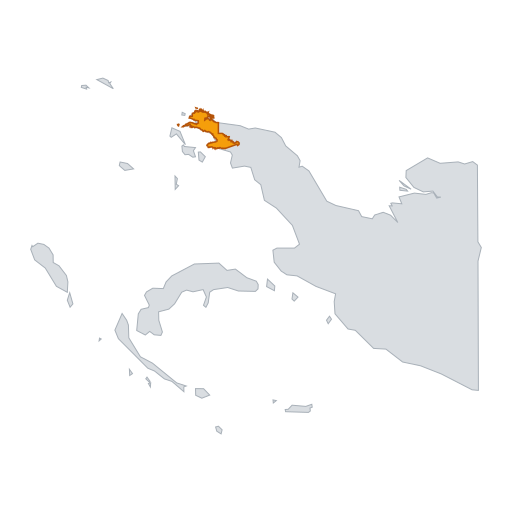 Alotau District, Milne Bay, Papua New Guinea shown in context, rotated 180°
{"feature_id": "67681753B64121020462611", "entity_name": "Alotau District", "entity_type": "district", "adm_level": 2, "iso_a3": "PNG", "parent_name": "Papua New Guinea", "parent_adm1": "Milne Bay", "projection": "natural_earth1", "projection_center": [150.058, -10.179], "detail": "fine", "context": "in_parent", "style": "filled", "palette": "amber", "viewbox_px": 512, "rotation_deg": 180, "n_neighbors": 0, "source": "geoboundaries", "source_scale": "gbopen_adm2", "svg_char_len": 9618}
<svg xmlns="http://www.w3.org/2000/svg" viewBox="0 0 512 512"><g transform="rotate(180 256 256)"><path d="M34.6,346.9L34.1,270.2L30.7,264.5L34.0,250.9L33.6,121.6L39.9,122.2L70.6,138.0L91.4,146.2L109.4,150.0L126.1,162.9L138.4,163.6L156.7,181.7L164.0,183.0L177.0,198.2L177.8,210.4L176.4,218.2L196.0,225.6L214.9,236.1L225.1,237.2L230.8,240.9L237.8,249.8L239.1,261.8L235.1,263.9L217.5,263.9L212.5,267.8L219.6,286.6L235.6,303.9L247.6,311.7L251.2,327.3L257.3,332.2L261.2,344.6L267.5,345.9L279.6,343.9L281.5,349.0L279.7,356.9L281.5,360.0L303.8,366.6L296.3,370.7L299.7,377.9L314.3,384.0L323.3,386.3L328.7,385.6L322.4,389.1L316.7,388.1L315.7,389.2L318.0,392.2L322.7,395.4L317.8,399.5L313.0,400.1L304.0,397.4L296.1,389.6L271.8,386.3L263.4,382.9L256.7,384.0L237.0,379.8L230.6,374.4L226.3,366.1L214.6,356.2L211.9,351.3L213.0,344.8L209.8,345.8L203.1,341.1L185.2,310.8L176.1,306.5L153.5,301.3L150.3,295.4L139.7,293.2L137.3,297.0L128.8,299.7L121.4,296.8L114.2,289.5L122.8,306.2L119.8,306.1L121.2,308.7L119.6,309.1L110.2,308.2L113.0,315.1L97.6,318.9L86.1,317.6L80.6,319.3L78.3,319.1L75.3,313.9L71.1,314.9L74.6,315.0L79.1,320.9L88.7,320.1L98.1,324.6L106.1,334.5L105.8,341.4L84.4,354.1L71.9,348.7L53.8,350.1L47.4,348.0L39.3,350.4L34.6,346.9ZM357.8,177.2L362.3,180.6L366.7,177.0L375.3,181.5L373.7,198.1L370.9,202.7L363.6,204.4L362.7,206.9L367.5,216.6L365.5,220.1L359.2,223.8L348.7,223.4L345.9,230.1L340.2,236.1L317.6,248.0L293.1,248.9L285.0,241.6L276.6,242.9L265.2,234.3L255.7,230.8L253.8,227.4L254.0,223.1L256.6,220.6L273.6,221.0L284.3,224.5L298.4,222.4L302.3,219.8L303.8,209.1L306.1,204.7L308.5,206.7L305.6,215.0L308.9,222.4L319.0,220.2L325.4,221.9L330.3,219.8L337.4,208.2L343.1,202.9L353.4,200.2L353.2,191.7L349.6,180.0L351.1,176.6L357.8,177.2ZM481.3,262.7L480.0,266.5L479.3,265.3L474.1,268.8L468.2,267.6L463.0,263.9L458.9,257.1L458.8,249.5L453.0,246.2L445.6,236.5L444.1,230.1L444.7,219.7L455.6,225.7L466.7,243.9L477.3,252.1L481.3,262.7ZM397.1,181.9L389.9,198.5L385.3,191.7L383.6,186.9L383.2,174.2L371.6,155.2L359.6,148.9L335.3,129.1L325.8,126.0L328.2,125.1L328.1,120.3L340.1,130.6L347.6,133.1L357.5,141.0L364.2,143.8L393.6,173.3L397.1,181.9ZM203.5,99.6L226.4,100.3L226.8,102.5L223.8,102.7L219.9,106.8L206.2,105.6L200.2,107.7L199.8,104.8L202.0,104.0L201.7,101.0L203.5,99.6ZM319.2,354.8L323.4,357.6L327.0,357.3L329.6,360.5L330.1,365.9L328.6,367.1L327.6,365.5L316.5,364.4L318.6,361.3L316.5,355.2L319.2,354.8ZM316.5,123.4L308.4,123.3L302.3,116.9L310.2,113.8L316.3,116.7L316.5,123.4ZM335.6,378.1L340.8,374.7L342.1,375.9L340.1,384.2L332.0,380.6L326.6,367.3L335.6,378.1ZM378.4,343.1L387.2,341.6L391.4,345.2L392.7,346.5L391.9,350.0L384.5,348.5L378.4,343.1ZM398.7,423.3L415.2,432.4L409.1,433.9L403.9,431.5L403.3,429.2L401.2,430.0L402.2,428.4L398.7,423.3ZM244.5,232.9L237.2,226.0L237.6,221.3L245.4,225.4L244.5,232.9ZM313.7,359.9L311.6,360.1L306.7,355.3L309.7,349.9L313.0,351.9L313.7,359.9ZM442.3,219.3L439.1,208.1L441.9,204.8L444.7,211.8L442.3,219.3ZM219.1,219.2L214.0,214.9L217.8,210.9L220.0,213.0L219.1,219.2ZM296.4,85.0L293.6,85.8L289.9,82.2L290.9,78.1L295.2,80.8L296.4,85.0ZM185.5,191.8L182.5,195.8L180.5,192.8L183.8,188.3L185.5,191.8ZM336.8,322.6L337.0,336.0L334.6,333.4L335.7,327.8L333.4,326.3L336.8,322.6ZM108.0,326.1L112.9,331.6L100.9,322.8L108.0,326.1ZM112.3,324.8L105.7,322.6L104.4,320.9L112.1,321.7L112.3,324.8ZM430.7,424.6L430.3,426.5L426.0,426.8L423.1,424.1L425.9,424.7L425.4,422.9L430.7,424.6ZM382.3,136.5L382.6,142.7L379.5,138.4L382.3,136.5ZM366.2,133.2L365.0,134.9L361.9,130.6L362.5,129.7L366.2,133.2ZM330.2,397.0L329.8,399.7L326.8,398.3L327.2,396.6L330.2,397.0ZM363.6,128.5L361.3,129.2L361.6,125.0L363.6,128.5ZM238.7,109.0L239.0,112.1L235.7,111.4L238.7,109.0ZM412.9,171.1L412.5,173.9L410.8,173.0L412.9,171.1Z" fill="#d9dde1" stroke="#a8b0b8" stroke-width="1"/><path d="M293.6,389.4L296.1,389.5L296.8,390.0L297.3,390.0L299.1,391.5L299.1,391.3L300.0,392.3L300.3,393.2L300.8,393.7L300.9,394.6L301.3,394.4L300.9,393.7L301.4,393.9L301.7,392.8L301.4,393.0L301.4,392.5L301.2,392.4L301.1,392.7L300.9,392.6L301.1,392.7L301.1,392.4L301.3,392.5L301.5,392.4L301.6,392.7L302.0,392.3L302.0,392.0L302.3,392.2L302.1,391.8L302.1,391.7L302.4,391.8L302.4,392.0L302.1,392.1L302.1,392.4L304.2,393.5L304.9,393.2L305.4,393.5L306.0,393.4L306.1,392.9L306.6,392.2L306.6,391.9L306.7,392.2L307.3,391.8L307.3,392.0L306.5,392.5L307.0,392.8L307.1,393.0L306.5,393.5L306.8,393.5L306.9,393.8L306.1,394.0L305.0,393.8L304.5,394.8L304.7,395.4L304.5,395.2L304.4,394.7L304.0,395.2L302.8,395.6L302.3,395.1L301.7,395.3L301.4,395.1L301.3,395.4L301.0,395.5L300.4,394.8L299.9,394.9L299.4,395.4L299.4,395.7L300.3,395.3L300.6,395.5L300.4,395.8L300.1,395.8L300.1,396.2L299.7,396.1L299.4,396.5L299.1,396.6L299.5,396.8L299.8,396.6L300.0,397.2L300.0,396.9L300.6,397.0L300.6,396.7L300.3,396.5L300.7,396.2L301.0,396.5L301.3,397.4L301.4,396.8L301.9,396.9L302.0,396.8L301.8,397.5L302.0,397.6L302.2,396.7L302.6,396.4L302.3,398.1L302.7,397.5L303.0,397.7L302.8,397.9L302.9,398.1L303.5,398.3L303.6,397.7L304.0,397.3L304.0,397.6L304.5,398.0L304.4,398.6L304.0,398.7L303.9,399.1L304.1,398.9L304.5,398.8L304.5,399.4L304.9,399.0L305.1,398.9L305.5,399.3L305.6,399.8L305.9,400.0L305.9,399.5L306.6,399.7L306.4,400.1L306.9,400.7L307.6,399.9L309.1,399.9L309.4,400.3L308.7,400.5L308.6,401.0L308.8,401.0L308.9,401.4L309.0,401.1L309.5,401.1L309.4,401.7L310.7,401.2L310.6,400.6L311.0,400.8L310.9,401.4L312.0,400.8L312.6,401.0L313.1,399.9L313.1,400.1L313.7,400.0L314.0,400.3L314.1,401.1L314.4,401.2L314.5,401.0L314.6,401.3L315.1,401.3L315.7,400.9L316.1,401.4L315.9,400.4L316.2,400.2L316.4,400.3L316.6,400.0L317.3,400.2L317.4,399.8L317.1,399.7L317.5,398.9L317.9,399.0L318.2,398.8L318.8,399.0L319.0,398.8L319.5,398.9L319.6,399.2L319.7,395.7L322.0,395.8L322.8,394.0L321.0,393.6L318.8,392.7L318.3,392.3L318.1,392.4L318.1,392.1L317.7,392.1L316.1,391.5L315.6,391.6L313.7,391.2L313.7,390.0L313.9,389.4L313.7,389.0L314.0,388.9L314.5,388.4L315.0,388.3L315.6,387.7L315.9,388.1L317.0,388.1L317.1,388.5L318.5,388.6L318.6,388.9L319.1,388.9L319.9,389.4L321.0,389.4L320.9,389.7L321.1,389.4L321.5,389.4L321.8,389.6L321.9,389.4L322.1,389.4L322.0,389.6L322.3,389.6L322.8,389.0L324.8,388.4L325.4,387.7L326.1,387.8L326.3,387.4L327.0,386.8L327.8,386.3L328.4,386.3L329.5,385.3L328.4,385.3L327.8,386.1L326.8,386.2L326.6,386.8L325.9,386.6L325.3,386.7L325.2,386.4L324.8,386.6L324.3,386.3L322.9,387.3L321.9,387.1L321.7,387.3L321.2,386.3L321.3,386.2L320.4,386.0L320.4,385.6L321.2,385.0L320.9,384.6L320.6,384.9L319.6,384.6L318.9,385.4L317.5,384.7L317.2,384.3L316.1,384.8L314.2,384.4L313.2,383.9L312.3,383.9L311.8,383.1L311.5,383.0L310.8,382.1L309.6,382.0L309.2,381.1L308.8,380.6L308.2,380.7L308.0,381.1L307.2,381.6L306.9,381.4L306.2,380.4L305.3,380.5L304.9,380.1L304.2,380.2L303.7,380.4L303.3,380.4L301.4,379.5L300.3,378.0L299.3,378.1L299.2,377.6L299.4,377.1L298.3,376.0L297.8,374.4L297.5,374.3L297.2,374.7L296.9,374.7L297.2,374.6L297.4,374.3L296.2,374.0L295.9,373.1L295.7,373.1L295.5,372.4L294.9,372.2L294.9,371.0L295.4,370.7L295.4,370.4L295.5,370.6L296.3,370.1L299.4,369.6L299.6,369.7L300.2,369.1L300.7,369.3L301.1,369.3L301.2,369.5L301.6,369.0L302.0,368.7L302.5,368.9L302.7,368.6L303.1,368.8L303.8,368.0L304.9,367.7L305.1,367.9L304.8,367.6L305.1,366.5L304.9,366.2L304.3,366.0L304.0,365.7L303.7,365.9L303.9,365.7L303.8,364.6L303.0,364.5L302.6,364.7L302.5,365.0L301.9,364.9L301.2,365.1L301.1,364.9L300.0,365.1L299.2,364.6L299.0,364.3L298.4,364.3L298.5,364.1L297.9,364.4L297.2,364.2L297.3,364.2L297.1,364.0L296.7,364.2L296.5,363.9L296.4,363.6L296.6,363.4L296.3,363.4L296.3,363.6L295.9,363.3L295.4,363.6L295.4,363.8L295.3,363.6L294.8,363.9L294.7,363.6L294.2,363.9L294.3,364.1L293.8,364.2L293.4,363.8L292.9,363.7L292.4,364.4L291.8,364.4L291.1,363.9L290.2,363.6L289.3,363.6L289.1,363.8L288.9,363.5L288.0,363.5L287.4,364.0L287.3,364.3L287.3,364.1L287.0,363.9L287.0,364.1L286.8,363.5L275.0,367.7L274.4,366.5L273.0,367.5L273.0,368.6L272.8,368.9L274.1,370.3L275.0,370.3L275.4,370.5L275.9,369.5L276.4,369.5L276.5,369.2L277.4,368.7L278.0,368.9L278.0,369.3L278.4,369.8L278.9,369.4L279.2,370.4L280.2,370.3L280.1,370.6L280.4,370.6L280.3,371.1L281.0,370.7L281.1,371.8L282.2,371.7L282.5,371.8L282.6,372.4L283.1,372.4L283.7,371.9L284.0,372.6L283.4,373.2L283.4,373.9L283.1,374.0L282.8,375.3L285.8,375.3L285.6,375.7L285.8,376.4L286.0,376.4L287.3,375.9L287.6,376.5L287.5,377.3L288.7,377.3L288.9,378.2L289.8,378.6L293.6,378.6L293.6,389.4ZM298.8,394.0L298.3,394.0L298.4,394.5L298.2,394.9L298.4,395.2L298.8,394.9L298.9,395.6L299.4,394.8L299.4,394.5L298.8,394.0ZM334.3,387.0L334.0,386.6L333.9,386.9L333.5,387.0L333.3,386.7L333.1,387.4L333.5,387.4L333.4,387.8L333.7,388.3L333.6,387.6L334.3,387.4L334.3,387.0ZM311.3,401.7L310.9,401.6L310.9,401.8L310.4,402.2L310.5,402.4L310.6,402.5L310.6,402.2L310.9,401.9L311.3,402.1L311.7,402.0L311.3,401.7ZM306.6,393.7L306.1,393.2L305.9,393.6L306.1,393.9L306.6,393.7ZM306.4,393.4L306.7,393.1L306.6,392.9L306.2,393.0L306.4,393.4ZM315.4,403.5L314.8,403.6L314.2,404.1L315.4,403.5ZM321.7,385.3L321.3,385.3L321.0,385.7L321.4,385.7L321.7,385.3ZM312.4,402.7L312.5,402.3L312.1,402.4L311.8,402.7L312.4,402.7ZM296.9,363.9L297.2,363.8L296.9,363.2L296.8,363.4L297.1,363.7L296.9,363.9ZM315.8,403.7L315.6,403.6L315.8,403.8L315.7,404.0L316.0,404.1L315.8,403.7ZM316.4,401.5L316.6,401.4L316.4,401.2L316.4,401.5ZM334.6,387.4L334.6,387.1L334.6,387.4ZM334.6,388.1L334.6,387.8L334.6,388.1ZM300.0,369.7L300.1,369.4L300.0,369.7ZM322.5,389.7L322.6,389.4L322.5,389.7ZM298.5,364.0L298.8,364.0L298.5,364.0ZM323.6,389.4L323.4,389.3L323.5,389.4L323.6,389.4ZM329.6,385.2L329.8,385.1L329.6,385.2L329.6,385.2ZM298.2,395.3L298.1,395.5L298.2,395.3ZM322.9,389.2L323.1,389.2L322.9,389.2Z" fill="#f59e0b" stroke="#b45309" stroke-width="1.5"/></g></svg>